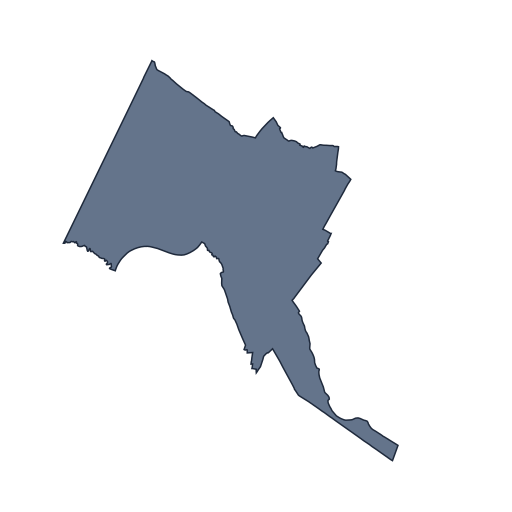 the district of Pak Kret, Nonthaburi, Thailand, rotated 196°
{"feature_id": "78962969B33148689371757", "entity_name": "Pak Kret", "entity_type": "district", "adm_level": 2, "iso_a3": "THA", "parent_name": "Thailand", "parent_adm1": "Nonthaburi", "projection": "equal_earth", "projection_center": [100.484, 13.936], "detail": "fine", "context": "isolated", "style": "filled", "palette": "slate", "viewbox_px": 512, "rotation_deg": 196, "n_neighbors": 0, "source": "geoboundaries", "source_scale": "gbopen_adm2", "svg_char_len": 6131}
<svg xmlns="http://www.w3.org/2000/svg" viewBox="0 0 512 512"><g transform="rotate(196 256 256)"><path d="M206.8,383.8L207.9,383.7L211.0,382.8L212.3,383.3L212.8,383.3L215.1,382.6L218.5,381.9L221.6,381.1L224.0,380.8L225.1,380.6L225.5,380.3L227.6,378.2L230.9,375.7L231.3,375.5L232.1,376.0L232.8,375.9L233.9,374.3L236.0,374.7L237.3,375.1L238.2,374.8L239.9,375.0L240.2,373.6L240.3,373.6L241.3,373.8L241.3,374.3L244.4,374.6L244.4,375.5L244.5,375.7L247.1,376.2L248.6,377.0L250.3,377.2L251.2,377.2L253.6,377.0L254.6,376.6L256.0,375.6L256.6,375.5L257.8,376.0L261.3,377.1L262.0,377.5L262.6,378.2L264.4,380.6L265.1,381.2L265.3,381.8L265.8,381.7L266.1,381.8L268.3,384.6L268.4,385.0L267.8,385.6L267.8,385.9L267.9,386.1L271.0,387.6L273.6,390.6L277.5,393.7L279.6,390.5L281.3,387.7L285.2,380.2L286.5,377.2L288.1,373.0L288.8,370.9L289.1,369.4L292.4,369.3L300.7,368.6L301.8,368.0L302.6,367.4L303.2,367.4L304.0,367.6L305.8,368.4L307.5,368.8L309.0,369.9L310.0,369.7L310.4,369.9L311.9,371.7L312.7,371.9L313.0,372.1L313.5,373.5L314.3,374.3L314.8,374.5L316.2,374.4L316.9,374.8L318.1,376.5L318.6,377.4L319.0,377.8L327.4,380.7L331.2,382.3L335.1,383.4L336.2,384.5L337.3,384.7L345.7,387.2L347.5,388.1L350.5,389.1L355.9,391.4L364.1,394.6L366.0,395.2L367.5,395.0L368.7,395.0L372.5,396.4L380.0,399.6L384.4,401.8L386.4,402.6L387.5,403.4L390.0,404.7L392.6,405.4L394.0,405.9L401.2,407.4L402.5,407.8L402.9,408.1L404.2,409.8L405.3,411.2L406.0,412.7L406.9,414.3L407.4,414.6L408.9,414.7L409.9,415.1L410.1,413.6L413.0,397.6L413.2,396.5L413.1,396.2L419.5,359.2L425.8,323.2L444.7,215.2L444.1,215.3L443.2,215.7L443.1,216.2L443.2,217.3L443.1,217.5L442.3,217.5L441.8,217.3L441.4,216.8L441.1,216.8L438.7,217.6L438.4,217.8L437.8,218.9L437.5,219.1L436.4,219.1L435.3,219.6L434.2,218.9L433.6,218.8L433.4,219.0L433.1,219.9L432.8,220.2L432.5,220.1L432.3,219.9L431.8,218.8L431.0,218.6L430.7,218.4L430.6,218.2L430.5,217.4L430.4,217.0L430.1,216.7L429.7,216.6L428.0,216.5L426.7,216.9L425.9,217.3L424.6,218.4L423.7,218.9L422.8,218.2L421.7,218.1L421.4,217.9L419.7,214.8L419.1,214.2L418.8,214.3L418.4,214.7L418.3,215.6L418.1,217.0L418.0,217.3L417.8,217.4L417.4,217.2L416.4,215.1L416.1,214.7L415.6,214.8L414.8,215.4L414.3,215.4L411.8,213.9L410.4,213.7L409.0,212.9L407.3,212.5L406.3,211.5L406.0,211.4L405.0,211.4L403.5,211.2L401.6,211.6L400.9,211.5L400.7,211.4L400.5,211.1L400.3,209.7L399.9,209.4L399.5,209.5L398.9,210.5L398.6,210.6L398.3,210.5L397.2,209.6L397.0,209.1L397.0,208.2L397.6,207.0L397.5,206.7L397.3,206.5L396.9,206.5L395.4,207.2L394.8,207.4L393.7,208.6L393.5,208.8L393.2,208.8L393.0,208.5L392.6,207.2L392.1,206.2L392.0,205.9L392.1,205.4L393.3,204.2L393.4,203.9L393.3,203.6L392.8,203.4L390.7,203.2L387.2,203.0L387.2,204.3L387.0,206.9L386.8,208.5L386.3,210.7L385.1,214.7L384.4,216.5L383.2,218.8L380.6,223.4L379.0,225.5L377.6,226.9L374.8,229.4L372.0,231.4L369.1,233.1L366.1,234.4L362.9,235.4L360.5,235.8L358.8,235.9L352.7,236.1L340.5,235.1L336.7,235.0L334.1,235.1L331.4,235.5L327.9,236.3L325.4,237.3L323.0,238.9L320.4,241.1L317.6,244.0L315.8,246.3L314.6,248.0L313.3,250.9L312.0,254.5L308.8,253.8L307.3,251.7L305.6,250.6L304.9,250.0L304.6,249.4L304.4,248.5L304.1,248.1L303.7,248.1L302.8,248.4L302.6,248.2L302.1,247.5L301.7,247.2L301.0,246.9L299.8,246.9L299.2,246.6L298.8,246.2L298.9,245.4L298.8,245.0L298.6,244.9L297.5,244.8L296.9,243.9L296.5,243.7L296.2,243.6L295.9,243.7L295.6,244.4L295.3,244.6L293.9,244.0L293.2,242.8L293.0,242.6L292.7,242.7L291.9,243.2L291.2,243.2L290.9,242.9L290.3,241.7L289.4,240.4L288.4,240.0L287.1,239.0L286.5,238.4L284.3,235.3L284.0,234.6L283.8,233.5L283.3,232.9L283.1,232.5L283.0,231.7L284.5,230.7L285.3,229.6L285.4,229.1L284.1,226.8L282.7,225.1L281.5,220.3L280.6,218.1L280.0,217.5L277.7,215.5L276.8,214.5L272.0,207.6L271.4,206.7L270.1,204.0L267.3,200.3L264.3,195.5L262.3,193.0L260.5,190.1L259.9,189.6L258.7,188.8L255.6,185.2L252.3,180.5L245.7,172.4L241.7,167.7L241.5,167.3L241.5,167.0L241.7,162.8L240.5,162.6L239.2,163.3L238.8,163.4L238.5,163.1L237.7,160.4L232.6,162.3L232.3,159.7L232.2,159.7L232.0,157.6L231.4,154.1L231.4,153.0L231.0,150.7L229.5,151.3L229.0,148.2L228.9,146.7L228.1,146.9L224.4,147.2L224.3,146.0L223.5,143.8L223.0,145.2L222.5,147.1L221.2,150.8L220.9,158.5L221.0,161.5L220.9,161.9L219.4,164.8L218.5,166.0L218.3,166.2L217.8,166.1L217.1,167.0L214.5,171.4L204.1,161.4L199.5,156.5L185.5,142.3L182.8,139.4L182.2,138.4L181.2,137.7L176.8,133.9L175.5,133.4L165.3,130.5L153.3,126.4L149.5,125.0L147.7,124.5L140.4,121.8L138.4,121.2L134.1,119.6L108.3,110.6L101.2,108.0L94.9,106.0L91.9,104.8L87.6,103.4L70.4,97.4L68.4,96.9L67.3,113.1L82.5,117.4L84.4,117.8L85.0,118.1L86.4,118.6L93.0,120.6L95.8,121.3L97.6,122.1L99.2,123.3L100.4,124.3L100.8,124.8L101.5,125.3L102.3,126.6L103.4,127.7L103.9,127.9L106.0,128.0L107.0,127.9L111.1,128.5L113.2,128.5L114.3,128.1L115.7,127.5L118.1,125.4L119.4,124.7L124.5,122.9L126.1,122.8L127.4,122.9L129.3,123.1L131.3,123.5L134.7,124.5L140.4,128.3L141.4,129.5L143.7,131.7L145.7,134.1L146.2,134.8L146.7,136.0L147.0,136.9L146.9,137.3L146.2,138.3L146.1,138.7L146.9,140.4L148.5,141.8L151.9,143.6L152.5,144.1L155.2,148.7L161.1,156.3L162.7,159.3L163.3,160.8L163.8,162.5L163.8,164.0L164.0,164.6L164.5,164.9L166.6,165.1L168.5,167.2L170.2,169.6L171.2,172.5L171.9,173.9L172.6,175.0L173.8,176.6L175.6,178.6L178.6,181.3L179.0,182.3L179.9,186.6L181.4,189.3L182.4,191.4L183.2,192.9L185.0,195.0L185.7,195.9L187.2,197.1L188.0,198.1L189.0,199.7L190.1,202.0L192.3,204.5L193.5,206.1L194.1,207.1L194.9,208.9L195.4,209.8L196.4,210.8L198.4,211.9L199.3,212.7L199.5,213.0L199.6,213.3L199.1,214.7L199.0,214.9L203.4,218.8L208.4,222.7L209.1,223.4L208.0,225.4L207.1,227.9L197.6,252.9L191.4,267.2L196.0,270.3L193.6,279.8L192.3,282.8L191.9,284.5L191.3,286.7L190.5,287.4L190.3,289.7L191.2,289.9L191.3,290.2L190.2,296.1L190.0,298.3L190.2,298.2L190.9,298.3L196.7,299.8L199.1,300.1L198.5,303.4L197.6,307.0L195.4,316.6L192.5,328.8L189.1,343.2L188.8,345.1L187.6,350.2L186.4,354.0L186.0,355.8L192.5,359.1L194.4,359.5L195.9,360.1L196.9,360.2L198.6,359.9L200.8,359.6L202.2,359.6L203.2,359.8L203.2,361.9L203.6,364.6L203.8,366.1L204.4,368.5L204.6,369.7L205.6,376.4L205.8,377.6L206.3,381.7L206.8,383.8Z" fill="#64748b" stroke="#1e293b" stroke-width="1.5"/></g></svg>